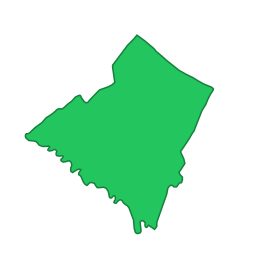 Empalme Olmos, Canelones, Uruguay (Albers equal-area conic projection), rotated 305°
{"feature_id": "84410073B65254992067922", "entity_name": "Empalme Olmos", "entity_type": "district", "adm_level": 2, "iso_a3": "URY", "parent_name": "Uruguay", "parent_adm1": "Canelones", "projection": "albers", "projection_center": [-55.905, -34.652], "detail": "fine", "context": "isolated", "style": "filled", "palette": "green", "viewbox_px": 256, "rotation_deg": 305, "n_neighbors": 0, "source": "geoboundaries", "source_scale": "gbopen_adm2", "svg_char_len": 2270}
<svg xmlns="http://www.w3.org/2000/svg" viewBox="0 0 256 256"><g transform="rotate(305 128 128)"><path d="M163.1,183.8L184.6,178.6L192.2,178.2L196.6,177.1L202.6,176.2L207.9,176.0L209.0,175.5L209.4,173.4L207.4,164.3L206.8,157.9L206.5,152.4L205.3,144.9L204.5,136.5L205.5,121.0L206.5,112.0L206.9,107.1L207.9,103.8L209.0,91.9L209.1,87.4L209.2,82.1L204.3,81.7L195.6,80.2L170.7,79.4L169.2,80.3L159.5,89.4L157.9,91.0L153.8,90.0L150.3,88.1L142.8,82.8L138.1,82.0L129.0,80.6L125.9,80.4L124.7,79.3L124.4,77.2L126.0,72.7L127.1,70.9L127.2,69.8L126.1,68.8L123.2,67.2L117.7,66.5L112.5,64.8L108.4,64.0L105.8,63.1L104.1,60.3L102.5,59.3L98.9,58.6L95.2,57.5L89.5,55.1L83.1,54.4L75.2,51.7L70.9,50.8L67.8,50.3L65.9,49.3L64.9,48.0L63.8,47.9L62.3,48.7L61.2,50.3L60.9,54.0L63.0,57.6L64.2,60.6L63.0,65.2L63.9,68.6L64.7,69.7L65.5,70.9L66.3,71.9L67.1,72.8L67.8,73.6L67.6,74.7L67.2,74.7L65.9,74.7L64.7,74.7L63.9,75.0L63.9,75.9L64.2,77.0L65.1,77.9L66.0,78.7L68.0,79.8L68.6,81.0L68.4,82.5L67.5,83.2L66.0,83.6L64.8,84.6L64.5,85.7L65.0,86.6L65.8,88.2L66.6,88.9L67.6,90.2L67.6,91.2L66.4,91.5L65.2,91.4L63.9,91.0L62.9,91.7L62.7,93.3L63.0,94.6L64.7,96.3L67.5,98.6L67.3,101.1L65.9,102.7L65.5,103.1L63.8,103.8L62.3,104.0L59.7,106.1L59.7,108.1L62.2,109.2L64.9,110.4L66.4,111.8L66.9,113.2L65.7,113.4L63.2,113.4L61.5,114.3L61.5,117.0L60.2,119.1L58.1,122.5L57.2,125.1L57.5,127.4L59.8,127.8L61.5,128.2L62.7,130.0L63.4,132.4L62.4,134.2L61.5,137.0L63.1,139.3L65.4,141.8L66.1,144.4L65.1,147.6L63.4,149.7L61.5,151.6L60.6,152.6L60.6,153.6L61.1,154.5L62.0,154.8L63.5,154.7L64.4,155.4L64.7,156.2L63.6,157.8L61.9,158.7L60.4,158.6L58.9,159.2L59.0,160.5L59.8,161.5L61.8,161.5L64.2,162.3L65.2,163.6L65.1,165.0L64.6,165.9L63.9,167.6L63.9,172.4L63.1,174.7L55.9,185.2L49.2,190.8L46.6,194.2L46.8,196.1L47.9,197.3L49.4,198.2L51.3,197.7L57.8,191.9L59.1,192.0L60.5,192.8L60.5,193.8L60.6,195.5L60.0,196.5L58.3,197.5L57.1,198.7L57.0,200.0L57.9,200.5L60.1,200.6L60.2,207.9L63.7,208.1L67.5,205.6L72.5,204.2L96.2,197.6L101.5,195.2L104.3,195.2L105.9,196.1L106.4,197.7L106.1,199.3L106.7,200.3L107.7,201.6L112.4,201.6L113.9,203.2L116.8,202.3L119.0,200.7L119.7,197.2L121.0,195.2L124.9,195.2L131.6,194.9L134.8,191.3L138.7,184.6L151.0,184.4L153.8,184.3L160.8,183.7L163.1,183.8Z" fill="#22c55e" stroke="#15803d" stroke-width="1.5"/></g></svg>